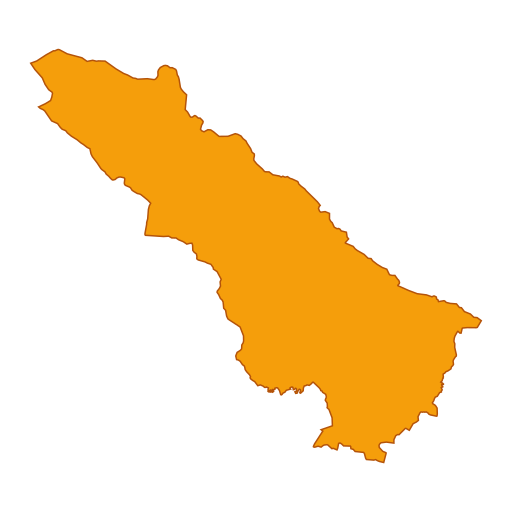 Thach Thanh, Thanh Hóa, Vietnam
{"feature_id": "81297802B70743667519193", "entity_name": "Thach Thanh", "entity_type": "district", "adm_level": 2, "iso_a3": "VNM", "parent_name": "Vietnam", "parent_adm1": "Thanh Hóa", "projection": "albers", "projection_center": [105.627, 20.211], "detail": "fine", "context": "isolated", "style": "filled", "palette": "amber", "viewbox_px": 512, "rotation_deg": 0, "n_neighbors": 0, "source": "geoboundaries", "source_scale": "gbopen_adm2", "svg_char_len": 6039}
<svg xmlns="http://www.w3.org/2000/svg" viewBox="0 0 512 512"><path d="M38.6,106.9L40.3,108.4L43.2,109.7L44.8,111.0L51.6,120.9L57.6,123.6L60.3,127.4L62.1,129.2L65.7,130.7L67.4,132.9L71.4,136.2L77.2,139.8L80.9,142.9L83.3,144.4L87.3,147.5L89.9,148.7L91.0,153.8L92.4,156.7L97.3,163.1L100.9,168.6L101.9,169.6L105.0,171.9L106.2,174.1L108.7,176.2L110.7,178.5L112.3,179.9L113.1,180.0L115.1,179.5L117.0,177.9L118.9,177.1L120.5,177.0L124.1,177.8L124.8,178.8L124.3,183.1L124.5,184.1L125.3,185.3L129.5,187.1L130.5,187.8L132.1,190.3L134.2,191.7L137.3,193.5L139.7,194.0L141.2,194.8L147.7,200.1L150.7,203.2L149.3,205.9L148.4,209.4L147.7,218.8L146.7,222.4L146.6,224.6L145.0,233.3L145.0,234.7L145.4,235.3L163.5,236.5L168.7,236.2L171.7,237.9L176.1,238.0L178.5,239.7L183.3,241.7L186.8,244.1L190.0,243.3L191.9,243.2L192.6,245.1L192.8,250.4L194.2,252.3L196.4,253.9L196.9,256.2L196.8,258.7L197.3,259.4L198.4,260.0L205.0,261.9L207.3,263.1L210.9,264.3L213.2,267.5L213.4,269.1L217.1,271.6L221.2,279.3L220.1,281.9L220.5,286.1L219.3,288.5L217.2,291.2L217.1,292.4L218.6,294.5L220.5,298.6L222.0,299.9L223.1,301.9L223.7,308.2L225.6,310.3L226.6,316.0L227.2,317.4L228.0,319.0L229.3,319.9L240.1,327.0L243.5,335.8L243.6,340.9L243.2,342.7L241.8,345.0L241.6,348.9L240.4,350.3L237.1,352.4L235.9,355.5L235.8,356.2L236.6,359.6L238.3,360.0L240.1,361.2L242.5,364.7L244.2,365.9L244.7,367.1L245.2,369.6L246.6,371.7L249.6,374.9L250.3,376.2L250.5,376.6L250.1,377.8L250.6,378.8L252.6,380.4L254.7,381.6L257.8,385.7L260.3,384.9L263.1,386.1L264.6,387.4L265.9,387.4L266.4,387.0L268.4,387.9L268.0,390.0L268.5,390.4L268.0,391.3L268.5,391.8L268.9,391.9L269.3,391.0L270.4,390.0L271.6,390.3L271.6,390.6L271.3,390.9L270.4,390.8L269.6,391.4L269.6,391.9L270.5,392.1L271.4,391.5L272.2,392.3L272.8,392.1L273.6,391.4L273.3,391.0L272.0,390.9L272.5,389.5L274.1,389.7L274.9,389.3L274.8,388.3L276.5,387.7L277.6,387.9L279.5,390.6L280.7,394.6L281.2,394.9L282.0,394.5L283.0,393.1L284.9,392.2L286.3,390.3L290.5,389.1L290.0,388.6L290.0,387.9L291.3,387.1L292.0,387.0L292.9,387.4L293.3,389.7L294.3,389.5L295.4,388.3L295.9,388.4L296.5,389.0L296.5,391.2L294.9,391.8L295.7,393.4L297.2,393.1L298.2,390.6L299.2,389.3L299.6,389.2L300.4,389.6L300.6,390.3L299.8,392.7L300.3,393.2L300.8,393.0L303.2,390.8L303.4,388.0L304.3,385.9L305.7,385.7L307.0,384.9L309.3,385.4L311.6,383.5L312.5,382.3L313.3,382.2L319.2,387.8L320.4,389.4L320.8,390.6L322.0,391.0L322.6,392.3L325.7,394.3L326.3,396.4L326.1,398.0L325.5,399.1L325.3,400.3L327.2,403.2L327.4,406.4L327.1,407.7L329.0,409.5L332.1,417.8L332.4,425.8L321.1,429.7L322.8,431.1L314.6,443.8L313.4,446.4L313.5,446.9L314.7,447.2L318.1,446.2L321.1,447.1L323.0,445.6L324.3,445.0L327.1,444.7L327.7,444.9L331.9,448.7L333.2,448.3L337.0,449.9L337.7,448.2L338.6,443.6L339.1,443.1L340.3,443.1L341.8,444.1L343.6,445.9L350.4,446.1L350.7,446.6L350.9,448.7L353.3,449.4L355.1,451.5L363.6,452.4L364.4,453.5L365.6,458.1L366.4,459.5L373.8,460.1L375.7,459.6L377.3,460.6L379.5,461.5L383.7,462.5L386.1,453.4L386.0,452.7L382.7,451.3L379.3,447.5L379.0,445.7L379.3,444.6L380.1,443.5L381.0,442.8L386.3,442.1L393.9,443.1L393.9,439.7L395.8,435.6L397.5,434.6L399.0,434.7L405.3,428.4L406.0,428.4L409.3,430.3L413.1,423.7L416.4,422.0L418.4,420.4L418.0,416.7L420.1,412.6L421.0,411.9L422.5,412.2L424.0,411.9L424.8,412.2L426.3,411.9L428.1,413.1L428.8,414.1L430.4,414.9L436.5,416.2L437.0,416.0L437.3,413.8L437.1,408.1L435.8,406.0L435.0,405.1L432.9,403.8L432.4,402.8L433.7,400.8L434.5,398.5L435.3,397.1L437.3,396.3L439.6,392.6L441.4,392.0L441.4,390.9L442.2,389.9L441.2,387.6L441.6,387.2L442.7,387.0L442.8,386.7L441.7,385.2L441.6,384.7L442.0,384.3L443.4,384.4L443.5,384.1L442.5,383.1L440.8,382.1L442.1,380.8L442.7,378.7L443.2,378.1L443.0,377.7L443.4,377.0L443.1,374.9L443.3,373.9L444.7,373.2L445.8,371.8L448.1,370.8L450.9,368.9L451.5,366.8L452.8,365.6L453.5,364.4L453.1,361.2L453.5,359.8L455.4,356.8L456.2,356.2L456.4,355.0L454.7,347.4L454.8,343.8L453.9,341.3L454.3,338.1L455.0,336.0L457.2,332.0L457.9,331.3L459.9,333.1L461.1,333.1L462.2,328.3L462.9,328.0L467.2,327.6L476.3,327.7L477.3,327.4L481.3,320.7L477.1,317.6L473.8,317.3L470.4,314.0L464.4,311.6L461.4,307.7L459.4,307.5L456.5,303.9L450.2,303.4L446.2,302.4L444.9,301.1L444.0,300.7L438.5,301.6L438.0,299.9L436.6,299.0L436.3,297.0L434.4,296.0L433.6,296.0L432.0,296.8L426.5,294.9L417.2,293.7L408.7,290.5L397.9,285.7L397.8,285.3L399.3,283.6L399.5,282.3L398.8,280.4L397.5,279.1L394.9,275.4L392.0,275.4L389.9,274.9L389.2,274.2L386.8,269.2L382.3,267.5L377.2,264.4L372.6,260.8L371.1,258.6L368.1,258.3L364.1,254.4L357.3,250.5L355.1,248.8L353.2,246.4L345.4,243.1L345.4,242.5L348.6,238.9L347.1,237.0L346.4,232.2L341.2,230.9L340.0,229.2L338.7,228.5L337.0,228.7L334.3,227.2L332.2,222.7L330.8,221.4L329.5,219.1L329.5,213.4L325.1,211.6L320.7,212.2L319.6,211.2L318.5,208.6L319.2,206.5L320.2,205.4L317.4,201.8L306.2,190.8L304.8,189.0L301.0,186.1L298.7,183.9L298.2,182.2L297.4,181.4L292.2,179.0L289.9,178.3L287.5,176.6L285.0,177.2L282.9,176.2L281.2,177.0L279.4,176.0L272.9,174.8L269.1,171.9L265.4,171.8L264.4,171.4L262.4,169.0L256.7,163.9L253.9,160.4L253.8,158.6L254.4,155.7L254.3,154.0L252.0,152.2L250.6,148.6L247.1,143.3L245.9,140.9L243.1,138.7L241.0,136.0L237.7,134.3L235.2,133.7L228.0,136.3L219.4,136.4L218.8,136.2L213.8,132.0L210.7,129.9L207.9,129.7L204.0,131.8L201.7,130.8L200.5,129.3L201.6,125.1L202.9,122.9L203.1,121.4L202.4,120.4L200.1,118.1L198.3,118.1L195.9,116.0L195.0,115.6L194.5,115.6L192.4,117.1L190.9,117.2L190.1,116.5L187.6,112.1L185.2,109.6L186.6,94.8L183.4,91.8L181.3,89.2L180.4,87.4L179.1,79.3L178.4,76.8L177.3,75.0L176.5,70.9L175.7,69.4L172.3,67.7L170.0,67.7L167.5,65.8L165.5,65.4L163.9,65.6L160.3,67.5L158.5,69.9L157.9,71.7L158.0,75.4L157.4,76.9L155.6,79.1L154.1,79.6L147.3,78.7L137.6,79.2L135.8,78.4L133.0,78.0L127.6,75.0L123.7,73.5L116.0,68.9L105.1,61.1L98.5,60.9L96.4,61.2L92.7,60.3L87.1,61.4L82.0,57.8L67.1,53.8L59.6,49.8L58.6,49.5L57.6,49.6L54.9,50.8L53.4,50.8L46.2,54.8L36.7,61.0L30.7,63.2L34.9,69.5L42.3,77.9L45.1,84.4L48.7,89.7L52.1,92.2L52.5,93.3L51.8,97.1L50.6,100.5L45.4,103.7L38.6,106.9Z" fill="#f59e0b" stroke="#b45309" stroke-width="1.5"/></svg>